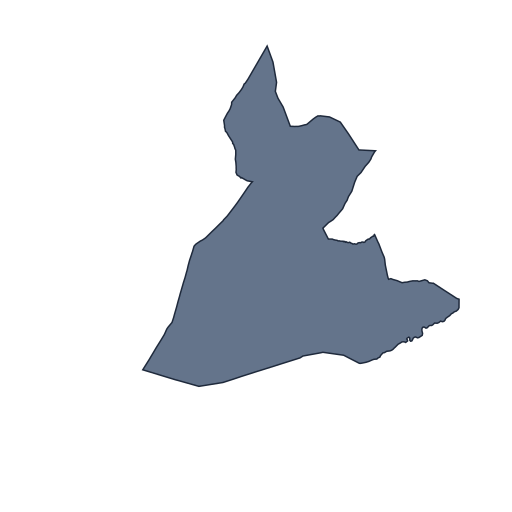 Chalcatongo de Hidalgo, Oaxaca, Mexico, rotated 234°
{"feature_id": "50627088B84584796932653", "entity_name": "Chalcatongo de Hidalgo", "entity_type": "district", "adm_level": 2, "iso_a3": "MEX", "parent_name": "Mexico", "parent_adm1": "Oaxaca", "projection": "natural_earth1", "projection_center": [-97.566, 16.998], "detail": "fine", "context": "isolated", "style": "filled", "palette": "slate", "viewbox_px": 512, "rotation_deg": 234, "n_neighbors": 0, "source": "geoboundaries", "source_scale": "gbopen_adm2", "svg_char_len": 4582}
<svg xmlns="http://www.w3.org/2000/svg" viewBox="0 0 512 512"><g transform="rotate(234 256 256)"><path d="M230.5,97.5L203.2,118.1L200.5,120.3L196.3,123.6L184.1,133.2L173.1,154.9L169.7,165.3L167.5,172.3L167.4,172.7L161.9,189.3L161.0,191.9L147.7,231.7L147.5,235.2L139.7,251.4L138.8,253.5L124.2,268.6L118.0,271.7L108.5,276.5L107.8,277.3L106.9,279.1L105.4,282.4L104.4,285.3L103.9,287.7L103.5,289.4L103.1,290.7L102.1,292.4L101.6,293.2L101.8,294.6L101.4,296.9L102.2,298.1L102.6,299.8L103.0,301.8L102.3,303.2L102.1,305.7L100.5,308.6L100.0,310.4L100.0,312.2L100.3,313.7L100.4,314.9L100.7,316.7L101.1,319.1L100.8,321.5L100.7,323.6L99.7,325.2L98.4,326.2L98.1,326.3L98.2,328.8L99.1,329.2L100.3,329.1L100.7,330.0L100.5,332.0L99.3,332.2L98.6,331.7L97.4,330.9L96.2,331.0L95.7,332.1L96.2,333.3L97.1,334.9L97.2,336.3L96.7,337.5L94.8,338.6L94.3,339.9L94.2,341.5L94.1,343.8L94.8,344.6L95.5,345.3L96.5,345.7L97.8,346.2L99.2,347.1L100.0,348.0L100.3,349.4L99.4,350.5L98.4,350.8L97.7,351.1L97.3,352.5L97.8,354.6L97.6,355.9L96.7,357.0L96.4,358.3L96.8,361.0L95.1,363.1L94.7,364.7L94.8,367.1L93.9,367.7L93.1,368.4L92.7,369.9L93.1,371.4L93.8,372.4L94.0,373.5L94.0,375.2L93.9,377.6L94.2,379.1L94.5,380.2L94.1,381.7L94.3,382.5L94.2,384.1L93.7,385.5L93.9,388.0L94.8,389.8L101.7,394.9L103.6,393.5L118.4,387.8L129.7,383.5L130.1,382.9L132.7,380.2L135.2,380.1L137.5,378.6L139.6,372.9L140.7,372.2L141.1,371.9L141.9,370.7L143.7,368.3L145.3,365.0L146.0,363.0L147.4,360.8L148.5,358.5L149.6,357.8L153.1,355.7L156.5,353.0L158.4,351.8L159.2,349.6L160.5,349.9L163.5,351.1L166.1,352.3L172.7,355.3L177.8,358.2L179.7,359.0L185.1,360.2L193.6,362.5L195.6,362.8L203.4,364.5L203.7,364.5L203.6,363.8L203.1,363.4L202.9,362.7L203.4,362.0L203.4,361.4L203.3,360.7L203.2,360.1L203.5,359.7L203.4,359.2L203.1,358.2L203.1,357.7L203.5,357.1L203.8,356.3L203.8,354.7L203.8,353.6L203.5,353.0L203.3,352.5L203.4,351.7L203.6,351.2L204.4,350.8L205.1,349.7L205.2,348.5L205.9,347.7L206.4,346.7L206.6,346.1L206.5,345.4L206.4,344.7L206.7,343.9L207.4,343.3L207.9,343.0L208.7,341.4L209.3,341.2L210.1,340.8L210.7,340.3L211.4,340.2L212.1,339.9L212.2,339.3L212.6,338.5L213.1,338.0L213.6,337.7L214.1,337.6L214.4,337.3L214.4,336.6L214.8,336.3L215.3,336.5L215.5,336.4L215.8,335.9L216.1,335.8L216.4,335.5L216.3,335.1L216.9,334.9L217.4,334.3L218.0,333.5L218.3,333.1L219.0,332.6L219.5,331.9L220.0,331.3L220.5,331.0L221.1,330.8L221.6,330.2L222.3,329.5L223.6,328.4L224.8,327.7L227.2,324.5L237.5,326.1L239.2,326.5L240.4,334.4L240.2,336.8L240.1,339.9L240.6,342.2L240.9,343.8L241.1,345.2L242.0,348.6L243.3,353.9L244.3,355.6L246.2,358.9L247.6,362.6L248.4,363.7L249.7,365.7L252.1,371.6L257.7,379.2L261.0,384.7L261.8,390.0L264.4,397.1L265.5,402.3L266.9,405.9L268.2,407.8L270.5,413.0L270.9,414.5L281.3,401.6L300.2,402.6L314.8,402.9L325.3,397.2L331.6,390.4L331.8,390.0L332.0,389.6L332.3,389.3L332.4,389.1L333.0,388.3L333.0,387.8L333.2,385.9L333.2,382.8L333.0,380.0L332.7,376.0L332.6,374.4L333.1,373.2L333.6,372.2L334.0,371.1L334.4,370.0L335.2,368.1L335.8,366.7L336.6,365.5L337.0,365.0L337.2,364.7L337.5,364.3L337.9,363.6L338.9,362.4L339.3,361.9L339.8,361.2L340.8,360.0L360.5,365.5L370.7,366.5L377.8,368.4L384.4,374.7L402.9,383.7L419.3,388.4L403.8,353.5L402.1,348.9L402.1,347.5L401.2,346.1L400.3,344.6L399.2,341.9L398.1,338.3L397.4,334.8L396.2,332.1L394.7,326.7L392.9,325.3L391.7,323.6L390.3,321.6L389.2,319.3L388.3,316.8L387.1,314.3L384.8,309.7L379.8,307.1L378.7,306.2L377.4,305.8L374.7,304.6L373.8,304.9L373.1,304.9L372.3,304.9L369.6,304.5L362.3,304.1L362.0,304.1L360.8,303.3L360.2,303.3L359.7,303.5L359.1,303.4L358.5,303.2L356.8,302.7L355.2,302.1L353.5,301.8L350.0,299.3L346.5,296.2L343.5,294.7L339.8,292.4L338.9,291.7L337.5,290.8L336.5,289.9L335.3,288.9L333.8,288.6L333.2,288.4L332.7,288.3L331.7,288.7L330.2,289.4L327.9,289.7L327.9,290.4L323.2,292.5L322.0,293.1L318.2,296.7L318.0,295.6L317.2,292.8L316.3,289.6L315.9,288.6L314.7,285.3L313.2,281.1L310.1,272.3L308.2,266.2L305.2,256.1L304.3,251.0L303.9,250.3L303.1,244.8L302.3,239.7L301.7,235.2L301.3,232.5L300.9,229.9L300.4,226.6L300.3,225.6L300.4,222.0L300.7,220.3L300.8,219.6L300.9,215.3L300.9,214.0L300.6,212.8L300.4,211.8L300.0,211.2L296.7,207.0L296.0,205.9L295.0,204.6L291.6,199.8L288.3,195.7L284.8,191.7L284.0,190.6L280.3,186.0L277.0,181.5L275.1,179.1L273.8,177.4L271.7,174.7L270.0,172.5L268.2,170.3L265.0,166.2L261.4,161.8L256.5,155.5L254.7,153.3L251.6,149.0L250.2,143.4L249.5,141.3L248.6,139.6L247.3,137.4L246.3,135.6L243.8,129.7L241.1,123.0L240.2,120.8L238.8,117.6L237.0,113.4L236.8,112.9L235.9,110.8L235.4,109.7L234.7,108.0L232.9,103.5L230.5,97.5Z" fill="#64748b" stroke="#1e293b" stroke-width="1.5"/></g></svg>